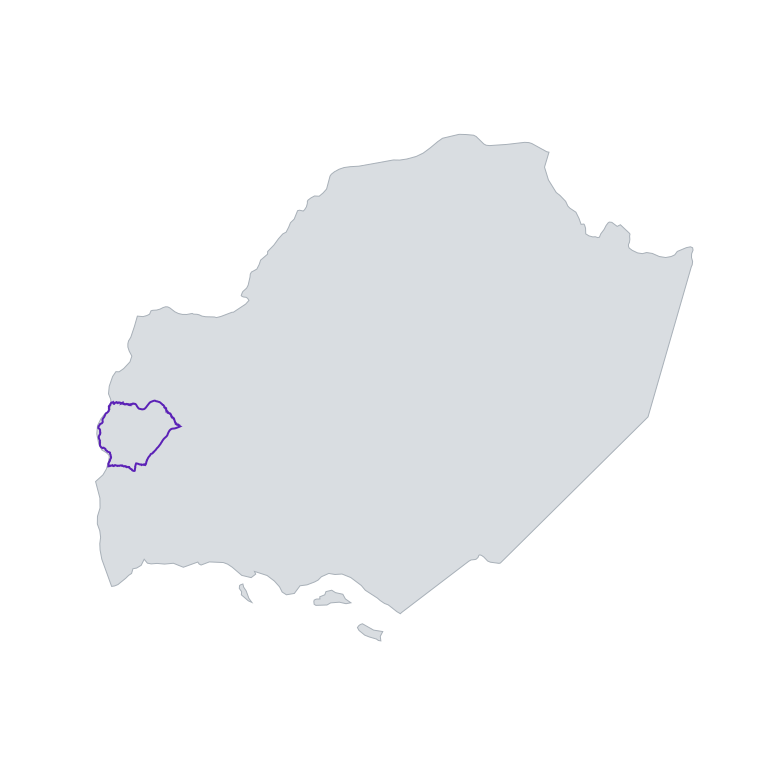 location of Tunduru, Ruvuma, United Republic of Tanzania, rotated 107°
{"feature_id": "72390352B58168894275482", "entity_name": "Tunduru", "entity_type": "district", "adm_level": 2, "iso_a3": "TZA", "parent_name": "United Republic of Tanzania", "parent_adm1": "Ruvuma", "projection": "albers", "projection_center": [37.262, -10.895], "detail": "fine", "context": "in_parent", "style": "outline", "palette": "violet", "viewbox_px": 768, "rotation_deg": 107, "n_neighbors": 0, "source": "geoboundaries", "source_scale": "gbopen_adm2", "svg_char_len": 9387}
<svg xmlns="http://www.w3.org/2000/svg" viewBox="0 0 768 768"><g transform="rotate(107 384 384)"><path d="M291.3,534.0L283.3,529.9L276.0,527.4L270.1,524.7L267.4,522.0L261.9,521.0L257.1,520.6L252.6,518.1L243.5,517.3L242.5,515.6L242.2,511.8L240.6,510.9L237.3,510.0L233.7,510.1L231.6,510.7L230.3,510.4L227.3,508.2L224.5,505.4L223.4,500.9L219.1,498.1L214.3,495.9L200.9,496.4L198.8,495.7L195.6,493.5L191.8,489.8L188.7,485.5L186.0,479.7L183.1,471.8L167.0,440.5L165.3,434.5L162.2,428.0L157.1,419.9L151.7,414.0L144.5,408.7L136.4,403.4L131.9,399.9L123.3,385.2L121.4,378.3L119.9,371.1L120.4,368.2L125.3,358.7L125.8,356.1L125.1,352.6L122.3,345.3L118.9,336.4L111.8,320.2L110.8,316.1L110.8,313.0L114.3,296.3L114.1,294.0L129.7,293.9L140.8,286.4L150.5,275.3L152.3,270.7L156.2,263.7L160.1,260.2L161.5,257.7L163.6,250.7L168.7,245.9L173.7,242.2L172.6,239.7L173.3,238.7L176.1,236.8L181.4,235.0L182.4,231.4L182.3,227.3L181.4,225.0L181.5,222.3L180.6,220.9L177.1,220.6L171.8,218.7L167.4,217.9L164.4,216.8L163.3,215.9L162.8,213.4L165.1,207.1L162.6,204.5L167.8,193.9L168.7,192.6L170.7,192.4L173.8,191.2L176.7,190.7L179.1,191.0L180.8,190.5L182.3,189.3L183.6,185.7L184.5,179.8L183.8,175.0L181.5,171.3L180.7,165.6L181.6,158.0L180.7,151.6L178.1,146.6L175.5,143.7L171.5,142.3L165.2,134.7L163.2,131.0L163.5,128.7L165.6,127.6L169.6,127.9L173.2,126.9L176.6,124.7L180.0,124.1L181.8,124.4L338.3,121.9L521.2,220.4L521.9,221.6L523.3,230.2L523.0,233.1L520.2,238.1L519.4,240.7L519.4,242.4L520.1,243.2L522.4,243.4L524.5,244.6L525.2,245.5L526.8,249.3L528.7,251.1L597.4,300.4L598.9,301.2L597.9,305.3L594.0,315.3L593.7,319.4L592.2,324.3L590.7,327.6L586.7,341.6L583.3,346.8L578.8,359.2L578.0,368.6L580.5,375.2L581.3,381.4L586.6,387.5L590.8,389.7L593.6,392.5L598.6,398.9L601.5,405.3L610.5,408.5L614.1,415.7L612.7,420.6L608.5,424.6L604.5,431.2L601.3,439.8L601.1,453.1L603.3,451.1L608.0,454.4L608.6,464.1L603.6,475.5L602.0,480.8L601.7,485.4L605.2,499.0L610.6,506.0L610.2,508.2L608.7,510.0L617.9,522.3L617.0,533.0L620.4,541.3L621.9,548.5L624.1,554.1L624.5,557.9L621.7,562.1L628.4,563.2L632.3,566.7L634.1,570.1L639.0,570.0L641.6,572.2L645.3,574.2L653.6,579.8L655.9,582.6L657.2,585.3L634.1,602.6L625.7,607.0L619.8,609.1L613.4,610.2L607.4,612.9L601.7,617.2L594.4,619.3L585.6,619.3L576.2,622.3L561.6,631.3L553.1,626.2L546.4,624.6L538.7,624.8L534.0,625.4L532.3,626.5L530.8,629.5L529.6,634.6L524.5,639.4L515.7,644.1L507.6,645.8L500.1,644.6L495.1,642.7L492.4,640.0L488.6,638.8L483.4,639.0L478.5,640.9L473.9,644.6L466.4,646.1L456.1,645.7L450.6,644.0L449.8,640.9L445.3,637.4L437.1,633.4L431.0,633.3L427.1,637.2L423.6,639.7L420.4,640.7L417.5,640.9L413.3,639.8L401.9,639.5L391.2,639.7L390.0,634.1L387.8,630.7L385.8,628.6L382.1,628.2L381.1,626.6L379.8,623.1L377.9,620.1L375.5,617.6L374.0,615.4L373.5,613.3L373.9,610.9L376.1,605.1L376.7,601.2L376.4,597.1L375.2,593.0L372.6,588.0L372.9,586.6L372.0,583.2L371.9,580.9L372.3,577.9L371.8,574.1L369.5,565.8L369.5,563.7L367.1,559.7L359.8,550.3L359.5,549.1L348.1,539.7L343.6,537.6L342.0,539.4L341.4,541.1L341.9,544.1L341.6,545.7L341.2,546.4L338.5,546.3L336.8,546.0L332.5,543.4L329.2,542.8L320.9,543.4L318.0,544.0L315.7,543.5L311.3,539.2L306.2,538.3L301.6,538.2L293.9,533.3L291.3,534.0ZM612.0,373.9L615.6,384.4L615.1,386.4L612.5,387.5L611.1,387.6L609.5,385.9L608.3,382.4L606.3,383.2L602.9,379.0L599.5,378.8L596.5,373.7L597.7,369.4L597.1,361.9L600.8,358.1L602.9,351.7L605.2,356.1L605.7,362.9L608.9,371.0L612.0,373.9ZM630.6,311.9L630.9,314.4L630.1,316.7L630.2,324.1L629.8,329.0L627.0,335.8L624.7,338.2L622.6,337.5L620.9,336.3L619.6,334.5L622.4,322.0L621.1,312.8L626.4,313.8L630.6,311.9ZM621.8,462.6L619.1,463.2L618.1,462.6L616.5,460.5L619.3,458.8L622.1,455.4L628.5,450.5L631.5,446.5L631.0,450.4L627.3,458.8L624.3,459.4L621.8,462.6Z" fill="#d9dde1" stroke="#a8b0b8" stroke-width="1"/><path d="M484.3,566.7L484.3,567.1L484.1,567.3L483.6,567.4L483.7,568.1L483.2,568.3L483.1,568.8L483.3,569.0L483.4,569.4L483.1,569.5L483.4,570.2L483.4,570.4L483.2,570.5L483.2,570.9L483.1,571.4L482.8,571.4L482.6,571.2L482.4,571.2L482.2,571.7L482.2,572.1L481.7,572.6L481.3,572.7L481.1,573.0L479.8,573.8L479.2,574.5L478.8,574.5L478.3,574.9L478.2,575.1L478.3,575.5L477.9,575.7L477.8,575.9L477.8,576.2L477.9,576.4L477.8,576.6L478.0,577.0L477.8,577.2L477.5,577.6L477.2,577.6L477.1,577.8L476.9,577.7L476.7,578.1L476.3,578.2L476.1,578.6L475.7,578.7L475.5,578.8L475.2,579.4L474.9,579.6L474.9,580.0L474.7,580.1L474.7,580.3L475.0,580.5L474.9,580.8L474.7,580.9L474.6,581.2L474.8,581.4L474.8,582.3L474.1,582.4L474.1,582.6L474.0,583.0L474.0,583.4L474.0,583.5L473.7,583.3L473.4,583.4L473.4,583.5L473.5,583.8L473.0,584.3L472.9,584.6L472.4,584.8L472.3,584.7L472.1,584.9L471.6,585.0L471.1,585.2L471.2,585.7L470.8,585.8L470.8,586.2L470.8,586.3L470.6,586.6L470.8,586.8L470.6,587.3L469.7,587.5L468.7,588.8L468.6,589.1L468.7,589.4L468.7,589.6L468.0,590.6L467.8,591.2L467.2,592.5L466.9,593.4L467.0,594.6L466.9,595.4L467.0,596.3L467.1,596.7L467.1,597.0L467.0,597.3L466.9,597.9L467.0,598.3L467.0,598.5L467.2,598.9L467.7,599.7L469.6,602.1L471.2,603.0L472.3,603.4L473.3,603.8L475.2,604.5L475.6,604.6L476.3,604.9L477.2,605.4L477.6,605.6L477.8,605.8L478.2,606.2L478.8,607.4L479.0,608.2L479.2,611.1L478.8,612.0L477.5,613.7L476.6,614.6L476.1,615.3L475.8,615.9L475.8,616.5L476.0,616.8L475.9,617.4L476.1,617.7L476.0,617.9L476.2,618.3L476.3,618.4L476.3,618.6L476.5,618.7L476.5,618.9L476.9,619.3L477.0,619.6L477.2,619.8L477.3,620.1L477.6,619.9L477.8,620.5L478.0,620.5L478.3,620.4L478.3,620.9L478.5,621.1L478.2,621.8L478.6,622.1L478.4,622.9L478.2,623.0L478.3,623.2L478.5,623.3L478.5,623.5L478.3,623.7L478.5,624.0L478.3,624.4L478.4,624.6L478.7,624.8L478.8,624.9L478.7,625.1L479.1,625.7L479.0,626.1L479.0,626.3L478.9,626.6L479.0,626.7L479.1,626.8L479.3,626.7L479.3,626.9L479.2,626.9L479.2,627.0L479.2,627.8L479.2,628.1L479.1,628.4L478.9,628.4L479.1,628.7L478.9,628.6L478.8,628.8L478.5,628.8L478.7,629.1L479.0,629.1L478.9,629.1L479.1,629.3L479.1,629.7L479.2,629.9L479.2,630.1L479.0,630.6L479.2,631.0L479.0,631.4L479.3,631.8L479.2,632.1L479.3,632.5L480.0,632.9L479.8,633.3L480.0,633.6L479.6,634.1L479.5,634.4L479.6,634.6L480.0,634.9L480.3,635.1L480.4,635.3L480.5,635.8L481.9,636.2L482.0,636.5L481.8,637.0L481.6,637.2L480.6,637.8L481.1,638.2L481.1,638.6L481.3,639.0L481.5,639.3L482.0,639.5L482.3,639.5L483.2,639.8L483.4,639.9L484.2,639.7L484.7,640.0L485.0,640.4L485.9,640.6L486.1,640.5L486.2,640.2L487.4,640.1L487.9,639.9L488.4,639.4L488.7,639.3L489.6,639.6L490.5,639.4L491.0,639.7L491.9,640.1L492.5,640.5L492.9,640.9L493.4,641.4L494.0,641.6L495.0,641.6L496.1,641.9L496.7,641.8L497.1,641.9L499.1,642.6L500.2,642.8L500.6,642.8L502.2,642.0L502.7,641.9L503.1,642.0L504.0,642.3L504.8,643.2L504.9,643.4L505.2,643.5L505.5,643.9L505.8,644.0L506.8,644.1L507.2,644.2L507.7,644.5L508.1,644.6L509.5,644.4L509.8,644.2L509.9,643.5L510.3,642.7L510.7,642.3L511.0,642.1L512.6,641.5L513.0,641.5L513.5,641.0L513.7,640.9L514.4,641.0L515.2,640.8L516.1,641.2L517.7,641.4L518.3,641.2L519.6,640.5L521.3,639.0L522.0,639.0L522.7,638.5L523.4,638.5L524.2,638.1L524.7,638.0L525.3,637.9L525.6,637.8L526.0,637.4L526.4,637.1L527.1,636.1L527.4,635.2L527.6,634.7L527.6,634.4L527.4,634.3L527.0,633.9L526.9,633.4L527.2,632.7L527.3,632.1L527.4,631.6L527.7,631.3L528.3,631.1L528.5,630.8L528.8,629.9L528.9,629.4L529.5,628.8L529.6,626.4L529.7,626.0L529.8,625.9L530.7,625.7L531.0,625.5L531.3,625.0L531.8,624.7L532.9,624.2L533.7,623.6L534.4,623.5L535.2,623.5L535.9,623.8L536.3,623.9L537.1,623.7L537.8,623.7L538.7,624.1L539.0,624.0L540.0,624.1L540.4,624.3L540.7,624.3L541.4,624.1L542.6,623.6L543.3,623.5L542.9,622.7L542.3,622.6L542.2,622.5L542.0,621.8L542.2,621.6L541.6,620.9L541.5,620.6L541.6,620.2L541.2,619.9L541.3,619.8L541.5,619.7L541.5,619.3L541.3,619.1L541.2,618.9L541.5,618.7L541.5,618.4L540.2,617.5L540.2,617.0L540.3,616.7L540.2,616.3L540.3,616.0L540.2,615.7L540.3,614.9L540.2,614.8L540.0,614.7L539.8,614.5L539.8,614.0L539.8,613.7L539.8,613.4L539.3,612.9L539.0,612.4L539.0,612.1L538.9,612.0L538.7,611.7L538.9,611.4L538.9,611.0L538.7,610.9L538.6,610.6L538.6,610.3L538.5,610.2L538.8,609.9L538.8,609.6L538.8,609.0L538.9,608.8L538.9,608.6L538.6,608.2L538.3,607.9L538.4,607.5L538.2,607.1L538.5,606.8L538.4,606.4L538.7,606.3L538.8,605.9L538.4,605.5L538.5,605.2L538.4,604.9L538.4,604.5L538.2,604.3L538.0,604.1L537.9,603.6L538.4,603.4L538.4,602.9L538.8,602.6L539.0,602.2L539.2,601.6L539.2,601.4L539.3,601.3L539.3,601.0L539.4,600.6L539.4,600.4L539.5,600.1L539.9,599.9L540.1,599.6L540.2,599.4L540.3,598.3L540.2,597.5L540.0,597.1L539.7,597.0L537.7,597.4L536.9,597.4L536.3,597.5L536.0,597.8L535.5,597.8L533.3,597.9L532.4,597.8L532.3,597.5L532.2,595.3L532.4,594.5L532.1,593.5L532.3,592.5L532.2,592.5L532.1,592.2L531.9,592.2L531.9,591.6L531.8,591.2L531.6,590.9L531.5,590.5L531.3,590.3L531.4,590.1L531.0,589.9L531.2,589.6L531.2,589.2L531.4,588.9L531.4,588.7L531.0,588.5L530.0,588.3L529.6,588.4L529.3,588.3L528.8,588.3L528.3,588.5L527.6,588.5L527.2,588.5L526.8,588.3L526.6,588.3L526.1,588.5L525.6,588.3L523.7,588.0L522.6,587.7L522.1,587.5L520.8,586.9L519.3,586.6L518.9,586.3L518.1,585.2L517.8,585.0L517.1,584.8L516.7,584.5L516.3,584.5L516.2,584.3L516.0,584.1L515.1,583.8L513.9,583.1L511.9,582.4L510.0,581.4L507.7,580.6L507.1,580.3L505.7,580.0L504.7,579.7L503.9,579.4L503.4,579.4L501.0,578.6L499.7,577.9L497.9,576.8L496.7,576.3L496.1,576.2L495.4,576.2L493.4,576.0L491.2,575.5L490.3,575.0L489.6,574.6L488.7,573.6L487.7,571.2L487.0,570.1L484.7,567.1L484.3,566.7Z" fill="none" stroke="#5b21b6" stroke-width="2"/></g></svg>